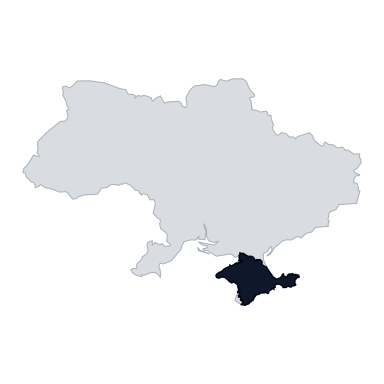 Ukraine, with Crimea highlighted
{"feature_id": "UKR-283", "entity_name": "Crimea", "entity_type": "Autonomous Republic", "adm_level": 1, "iso_a3": "UKR", "parent_name": "Ukraine", "parent_adm1": "", "projection": "albers", "projection_center": [34.531, 45.3], "detail": "fine", "context": "in_parent", "style": "filled", "palette": "ink", "viewbox_px": 384, "rotation_deg": 0, "n_neighbors": 0, "source": "natural_earth", "source_scale": "10m", "svg_char_len": 8291}
<svg xmlns="http://www.w3.org/2000/svg" viewBox="0 0 384 384"><path d="M266.8,267.6L271.5,274.8L275.5,278.5L277.5,278.6L283.0,275.9L286.6,276.7L289.7,274.4L297.9,275.9L295.5,280.5L294.4,285.3L283.9,287.2L280.0,284.5L275.9,284.7L273.6,288.1L269.6,290.5L268.2,293.2L260.7,293.1L255.7,295.5L251.9,300.7L247.7,304.0L244.3,305.0L239.2,303.6L235.0,300.2L238.4,290.1L237.3,284.7L234.1,282.1L230.0,281.8L224.7,277.4L218.5,277.8L216.5,275.6L229.4,266.0L232.1,265.6L239.8,260.5L238.5,256.3L235.2,257.3L230.8,253.9L216.4,256.2L207.8,250.9L203.8,250.2L202.8,248.9L207.0,247.9L207.4,246.1L201.7,244.7L198.7,242.2L214.4,245.0L218.7,241.1L214.3,242.4L209.9,241.4L208.3,240.1L206.5,236.0L206.6,230.3L204.8,225.3L203.3,223.6L206.0,231.9L205.0,239.7L198.3,239.1L199.1,235.9L195.8,240.0L190.6,239.9L183.8,241.7L180.7,249.7L171.5,260.6L163.4,264.0L160.7,263.2L159.5,264.1L158.8,267.5L160.0,269.3L160.8,275.0L160.3,277.3L157.7,274.0L154.5,272.4L150.9,272.6L144.1,275.4L141.9,274.7L142.0,276.3L141.3,276.8L135.2,274.7L132.7,272.9L130.8,269.8L132.9,268.6L136.7,268.3L136.8,264.1L141.9,259.2L142.3,256.8L146.7,253.9L148.1,250.3L146.9,245.0L147.7,242.3L152.3,240.7L152.3,244.8L153.4,244.5L154.5,242.5L160.4,244.8L162.3,243.5L164.7,246.4L169.4,245.9L170.6,244.7L166.7,241.2L167.4,235.9L166.3,232.9L160.6,228.7L159.7,223.9L160.5,219.9L157.6,218.1L153.1,213.2L155.1,205.2L155.0,202.1L153.8,199.7L149.9,199.8L147.4,194.8L142.9,193.6L141.5,195.2L140.8,193.6L139.3,193.5L139.5,191.6L138.5,190.8L134.7,190.0L133.9,188.1L130.0,185.0L125.1,182.8L122.2,184.4L121.0,183.8L118.8,185.3L111.6,184.2L106.9,187.4L100.9,188.4L100.1,190.9L97.5,194.1L84.0,195.0L78.1,196.8L76.1,198.8L72.5,199.1L67.3,192.4L65.5,191.7L59.6,192.1L50.3,188.4L45.3,187.8L40.6,184.4L38.7,186.4L35.1,187.6L35.1,185.2L33.8,182.7L30.3,181.5L29.5,179.3L26.5,177.4L25.3,172.9L23.0,172.6L24.0,168.0L27.3,165.2L33.5,155.0L38.9,156.8L39.2,155.6L37.0,152.7L38.0,149.3L37.5,142.2L38.8,140.5L46.0,133.1L60.2,121.4L65.0,121.1L67.6,118.0L68.0,115.5L66.5,110.5L69.0,109.2L68.9,108.4L67.2,106.2L65.7,100.7L62.8,95.1L63.4,92.7L62.6,89.1L63.0,86.5L66.3,86.2L69.0,88.0L72.4,86.2L77.2,81.0L89.8,80.8L104.9,83.0L119.4,88.5L125.9,89.6L128.2,94.2L133.7,94.6L135.2,95.6L135.1,98.2L138.2,95.3L140.8,96.4L144.0,95.3L151.3,97.7L151.9,100.2L153.4,100.9L155.7,98.1L160.4,95.9L164.3,103.1L168.0,101.9L179.0,101.3L181.5,103.6L181.8,105.8L185.5,107.7L187.2,105.2L185.8,98.3L186.8,95.7L190.1,90.0L194.3,86.0L204.8,84.6L214.4,86.6L217.3,84.9L218.9,80.4L220.2,79.5L226.6,81.2L232.7,78.8L243.0,78.8L246.3,81.5L249.6,89.2L254.6,94.8L254.3,96.7L249.7,97.7L249.6,98.7L251.1,101.2L251.6,106.6L252.4,107.3L251.3,109.7L256.2,110.2L260.2,112.1L266.5,111.1L268.3,115.2L271.0,115.6L271.1,118.3L273.4,124.6L272.6,127.9L273.0,129.9L276.3,134.7L277.8,135.3L281.7,132.7L285.9,133.4L289.4,137.0L293.0,136.9L295.2,138.9L297.7,136.5L309.7,132.7L312.7,136.0L313.2,138.1L315.1,141.1L321.7,146.2L323.5,145.5L323.9,143.1L325.4,142.2L329.0,144.6L332.7,144.7L337.8,148.1L342.5,146.9L345.1,150.0L348.0,150.2L354.2,154.3L359.7,153.8L359.6,157.9L361.0,159.6L360.9,163.0L357.1,168.6L353.5,170.4L354.9,173.0L359.4,174.5L359.7,175.3L355.8,176.0L354.3,178.0L353.4,182.3L357.1,183.4L358.5,188.5L357.8,190.2L359.9,191.0L356.5,203.4L339.1,204.6L335.8,209.7L330.7,211.5L329.2,213.0L327.9,219.9L329.5,221.1L328.1,224.0L328.4,226.4L315.4,227.4L311.6,232.0L306.0,233.4L301.2,238.1L299.1,236.8L296.5,236.9L291.2,240.0L286.2,239.8L282.3,241.1L274.1,248.2L270.3,254.2L266.5,256.1L271.7,251.1L271.9,248.5L270.7,246.5L267.5,251.5L263.3,253.7L263.4,259.5L266.8,267.6ZM210.0,254.0L198.5,250.7L197.6,247.4L200.0,250.3L210.0,254.0Z" fill="#d9dde1" stroke="#a8b0b8" stroke-width="1"/><path d="M239.1,255.4L239.8,254.8L240.0,254.1L239.8,253.0L240.0,252.8L240.9,253.5L241.7,253.5L242.6,253.3L243.5,253.5L244.4,254.0L245.4,254.7L246.3,255.4L247.0,255.8L247.8,256.1L248.6,256.4L249.7,256.5L250.4,256.2L251.1,256.3L251.9,256.7L252.4,257.1L253.1,257.1L253.6,257.5L253.9,258.2L254.2,258.8L254.6,259.4L255.1,259.9L255.7,260.4L256.4,260.5L256.8,260.0L256.9,259.6L257.7,259.8L258.3,259.7L259.2,259.6L260.1,259.8L261.0,260.4L261.6,261.0L262.0,262.0L262.0,262.8L262.0,264.0L262.1,264.7L262.5,265.2L263.7,265.6L264.6,266.3L265.3,267.0L265.8,267.1L266.3,266.8L267.2,268.5L273.0,276.9L276.0,279.0L276.7,279.1L280.3,278.0L280.7,277.7L281.2,277.1L281.3,276.9L281.3,276.6L281.4,276.4L281.7,276.3L281.8,276.2L282.1,275.8L282.2,275.7L282.2,275.1L282.4,274.6L282.7,274.2L283.0,274.0L283.5,274.0L283.5,274.3L283.4,274.7L283.3,275.2L283.4,275.6L283.8,275.9L285.3,276.7L286.1,277.0L286.8,276.8L287.4,276.1L287.6,275.2L288.3,274.7L288.7,274.3L289.1,274.1L291.4,274.1L291.7,273.9L292.0,273.6L292.3,273.7L292.5,274.1L292.3,274.6L292.6,274.6L292.7,274.4L292.9,274.3L293.1,274.2L293.5,274.2L294.1,274.6L294.6,274.7L295.7,274.4L296.1,274.5L296.7,275.2L297.0,275.5L297.3,275.3L297.7,275.0L298.0,274.9L298.3,275.1L298.6,275.4L299.0,276.4L299.2,277.0L299.0,277.3L298.4,277.5L298.1,277.6L297.9,277.5L297.3,277.2L296.8,277.1L296.4,277.2L296.2,277.5L296.1,278.1L296.2,278.3L296.3,278.4L296.4,278.5L296.2,278.8L295.6,278.9L295.4,279.0L295.2,279.4L295.0,280.0L294.8,280.6L294.7,282.3L294.7,282.9L294.8,283.5L295.4,284.1L295.7,284.5L295.6,285.0L295.4,285.2L293.9,285.8L292.1,285.9L291.9,286.0L291.7,286.1L291.7,286.3L291.5,286.8L291.1,287.0L289.3,286.7L288.1,286.0L287.5,285.9L287.1,286.4L286.7,287.0L286.4,287.4L284.9,287.3L283.5,287.6L283.1,287.4L282.9,286.8L282.8,286.5L282.2,285.8L281.9,285.5L280.6,284.7L279.1,284.2L278.3,284.0L277.4,284.1L276.6,284.2L275.8,284.6L274.8,285.5L274.6,285.7L274.6,286.1L274.5,286.3L274.4,286.5L274.5,286.8L275.2,287.2L275.2,287.4L274.9,287.5L274.3,287.5L273.9,287.6L273.7,287.9L273.7,288.3L273.8,289.1L272.9,288.4L272.8,288.5L272.6,288.6L272.4,288.8L271.9,288.5L271.6,288.7L271.1,289.7L270.8,290.0L269.9,290.2L269.5,290.4L269.1,291.3L268.6,292.5L268.1,293.4L267.2,293.3L267.0,293.0L266.8,292.6L266.6,292.3L266.2,292.1L265.5,292.1L265.3,292.1L265.0,292.2L264.9,292.4L264.7,292.6L264.2,292.8L263.6,292.6L263.3,292.8L262.9,292.9L261.5,292.7L260.8,293.0L259.4,293.9L258.6,294.3L257.0,294.6L256.3,294.9L255.8,295.5L255.8,295.4L255.7,295.3L254.9,296.4L254.8,296.6L254.6,296.9L253.9,298.1L253.1,300.2L252.9,300.5L252.7,300.6L252.3,300.5L252.0,300.5L251.8,300.5L251.7,300.5L251.6,300.8L251.1,301.6L250.8,301.8L249.9,302.0L249.6,302.3L249.4,302.8L249.2,303.3L248.9,303.5L248.2,304.0L247.5,304.1L245.3,305.1L244.9,305.2L244.4,305.1L243.1,304.6L242.9,304.6L242.5,304.7L242.2,304.8L240.9,304.7L240.7,304.7L241.4,304.4L241.4,304.1L241.8,303.9L243.2,303.7L243.0,303.0L242.2,301.0L241.7,300.9L241.5,300.2L240.7,300.2L240.4,299.4L241.1,298.2L240.3,297.0L238.6,297.1L238.4,295.5L239.9,294.5L239.7,293.4L238.5,292.7L237.8,292.6L237.6,291.7L238.1,291.5L238.4,291.1L238.5,290.7L238.6,290.1L238.6,289.4L238.4,288.3L238.3,287.8L238.3,287.7L237.9,287.0L237.9,286.7L237.8,286.0L237.5,284.8L237.0,284.1L235.6,283.2L234.5,282.2L234.2,282.0L233.4,282.1L232.6,282.4L231.9,282.8L231.4,282.9L231.2,282.7L231.0,282.3L230.6,282.0L229.7,281.8L229.4,281.5L228.7,280.6L228.2,280.3L228.1,280.0L227.9,279.6L227.7,279.5L227.3,279.3L227.1,279.2L225.8,278.0L225.1,277.5L224.3,277.2L221.3,276.9L220.9,276.9L220.6,277.1L219.8,277.9L219.6,278.0L218.1,278.0L217.7,277.9L217.0,277.5L216.6,277.4L216.1,275.8L216.0,275.4L216.3,274.7L216.9,274.0L219.3,272.3L219.7,272.2L220.2,272.2L220.5,272.1L220.8,271.9L221.1,271.7L221.3,271.5L221.4,271.3L221.6,271.1L221.9,271.1L222.1,271.1L222.5,271.3L223.0,271.2L223.0,270.7L223.0,270.3L223.1,270.1L223.2,269.9L223.8,269.3L225.2,268.4L229.8,266.4L230.0,266.2L230.1,265.9L230.0,265.7L229.9,265.6L229.7,265.5L229.7,265.2L229.9,265.0L230.1,265.1L230.4,265.6L231.1,266.0L231.8,265.9L233.3,265.0L234.0,264.7L234.7,263.9L235.0,263.8L235.9,263.2L236.2,263.1L236.3,263.2L236.7,263.5L236.9,263.5L237.1,263.5L237.6,263.3L238.1,262.8L238.5,262.5L238.7,262.4L238.9,262.4L239.1,262.4L239.3,262.5L239.5,262.7L239.6,262.9L239.7,263.0L239.9,263.0L240.3,263.0L240.3,262.7L240.3,262.0L240.4,261.5L240.7,261.6L241.0,261.4L241.7,261.2L242.0,261.0L241.7,260.7L241.3,260.5L240.2,260.2L239.7,260.2L239.4,260.3L239.3,260.5L239.2,260.6L238.9,260.4L239.3,259.9L239.5,259.6L239.4,259.4L239.2,259.3L239.2,259.1L239.3,258.8L239.4,258.6L239.4,258.4L239.1,257.4L239.1,257.1L239.3,256.8L239.5,256.4L239.4,256.0L239.1,255.4Z" fill="#0f172a" stroke="#020617" stroke-width="1.5"/></svg>